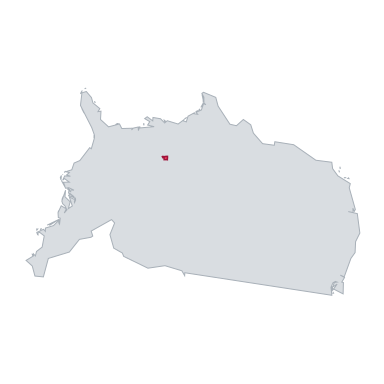 Jefferson, Arkansas, United States of America shown in context, rotated 179°
{"feature_id": "52423323B11311228308505", "entity_name": "Jefferson", "entity_type": "district", "adm_level": 2, "iso_a3": "USA", "parent_name": "United States of America", "parent_adm1": "Arkansas", "projection": "albers", "projection_center": [-91.753, 34.278], "detail": "fine", "context": "in_parent", "style": "filled", "palette": "rose", "viewbox_px": 384, "rotation_deg": 179, "n_neighbors": 0, "source": "geoboundaries", "source_scale": "gbopen_adm2", "svg_char_len": 4301}
<svg xmlns="http://www.w3.org/2000/svg" viewBox="0 0 384 384"><g transform="rotate(179 192 192)"><path d="M315.7,134.1L336.8,128.1L342.1,109.7L350.5,110.7L353.0,120.8L359.1,126.5L351.6,130.9L351.6,132.9L349.7,130.8L348.5,135.3L342.8,139.5L340.5,150.7L345.0,154.3L347.3,153.2L346.3,151.4L347.2,152.2L347.9,154.3L341.1,157.3L339.3,155.2L339.2,158.5L331.1,160.8L325.5,166.1L325.8,163.6L325.0,162.2L324.2,168.1L326.1,168.8L326.3,173.7L323.0,180.5L318.0,177.4L320.1,173.2L317.4,176.3L319.3,180.4L321.5,182.5L322.3,185.2L318.4,196.0L319.1,189.5L314.0,184.3L315.9,177.6L311.9,180.1L314.7,189.1L310.2,186.9L308.9,187.4L309.8,184.4L309.6,183.5L308.5,186.0L308.7,187.9L315.4,190.6L314.3,192.4L311.0,189.6L309.9,189.2L313.9,192.6L315.5,193.1L315.0,195.6L312.8,194.0L316.3,197.1L315.6,197.7L313.9,196.1L310.0,195.9L315.2,198.5L318.2,197.9L322.5,206.0L318.9,199.9L320.4,204.0L314.5,204.0L319.2,207.6L321.1,206.0L319.0,210.3L313.3,209.8L317.0,211.3L314.3,213.6L317.9,214.5L311.8,216.3L309.4,223.0L303.6,225.4L293.5,238.1L291.9,237.0L288.6,247.8L288.5,250.4L291.1,258.1L302.0,280.5L300.3,293.1L295.9,294.3L290.9,288.2L289.5,282.8L282.7,277.0L284.6,274.0L281.6,274.4L282.2,266.1L274.3,258.6L263.3,261.3L261.1,256.7L250.1,256.8L251.4,255.0L249.6,256.9L244.7,257.9L244.5,254.3L243.7,256.9L228.7,258.0L235.2,259.7L233.0,263.1L238.0,266.2L235.5,268.0L230.0,263.8L229.7,267.2L222.2,265.8L218.1,261.5L215.5,263.7L204.7,260.2L198.3,264.8L199.9,263.5L196.5,262.2L194.6,267.9L187.8,271.4L189.4,270.4L185.0,269.6L186.5,271.6L181.2,273.8L178.9,280.1L176.6,279.0L178.5,280.8L178.5,286.7L180.4,290.4L178.8,291.5L166.6,286.2L164.4,277.4L152.9,259.1L146.4,257.5L139.4,263.6L132.1,258.2L129.6,249.8L120.6,239.1L108.9,237.3L108.3,240.8L89.5,237.5L67.6,221.6L51.7,219.3L51.0,212.9L45.9,205.6L33.6,197.6L34.7,193.4L29.0,171.7L30.0,169.9L31.5,173.0L31.2,168.6L36.1,169.7L27.1,167.5L24.9,148.0L29.3,139.5L30.0,128.6L34.3,122.8L41.3,104.5L45.2,106.3L41.0,103.9L43.8,99.3L42.2,98.8L42.7,87.5L52.1,92.5L48.5,97.4L52.9,94.5L51.3,99.0L48.5,99.4L50.2,100.1L52.6,98.8L54.7,94.3L54.0,86.3L200.6,111.4L200.8,108.5L203.5,113.4L220.3,118.8L237.4,116.6L261.4,128.8L262.7,132.2L271.2,137.2L274.8,150.8L269.9,162.4L272.9,165.8L293.5,154.7L292.0,149.7L293.8,148.5L305.4,146.6L315.7,134.1ZM334.0,162.7L337.4,161.4L325.4,167.0L335.1,161.1L334.0,162.7ZM53.5,91.0L53.9,94.3L53.7,94.7L52.5,92.0L53.5,91.0ZM180.3,289.4L178.9,284.1L179.2,281.2L179.3,284.3L180.3,289.4ZM352.5,131.1L352.8,132.6L352.2,132.4L352.5,131.1ZM218.2,263.0L218.5,264.3L217.3,263.3L218.2,263.0ZM37.5,203.7L39.2,203.5L39.3,203.7L37.5,203.7ZM36.0,202.8L35.2,203.4L34.8,202.6L36.0,202.8ZM344.4,156.8L343.6,158.0L343.3,157.8L344.4,156.8ZM180.3,278.5L179.2,280.8L181.7,276.4L180.3,278.5ZM298.7,273.1L300.8,277.5L298.4,272.7L298.7,273.1ZM44.4,209.6L44.8,211.1L44.3,209.7L44.4,209.6ZM301.1,293.7L299.9,295.4L301.8,292.0L301.1,293.7ZM323.4,208.8L322.3,210.8L322.8,206.4L323.4,208.8ZM52.8,88.2L52.6,89.0L52.2,88.4L52.8,88.2ZM186.5,272.5L184.0,273.5L186.6,272.2L186.5,272.5ZM347.8,156.6L348.0,157.7L346.9,157.7L347.8,156.6ZM43.5,213.0L43.7,214.7L43.3,213.1L43.5,213.0ZM183.4,274.4L182.4,274.9L183.3,274.0L183.4,274.4ZM322.0,187.2L320.9,189.9L322.1,186.3L322.0,187.2ZM197.5,265.8L195.9,266.6L198.2,265.1L197.5,265.8ZM289.0,249.0L288.9,250.9L288.6,249.6L289.0,249.0ZM318.5,214.8L318.1,215.2L319.3,213.6L318.5,214.8ZM267.3,260.7L265.5,261.8L264.7,261.6L267.3,260.7ZM243.9,257.6L243.6,258.0L242.5,257.9L243.9,257.6ZM287.5,283.2L287.9,284.5L287.1,282.9L287.5,283.2ZM239.2,260.4L239.0,261.7L238.8,259.5L239.2,260.4ZM297.1,297.4L296.0,297.7L297.5,297.1L297.1,297.4ZM326.1,174.5L325.6,175.8L326.2,174.0L326.1,174.5ZM321.2,211.4L320.7,211.9L321.2,211.4Z" fill="#d9dde1" stroke="#a8b0b8" stroke-width="1"/><path d="M215.9,228.1L217.0,228.1L217.5,228.1L217.7,227.9L217.8,227.9L218.4,227.9L219.1,227.9L219.1,228.1L219.2,227.3L219.3,227.3L219.8,227.6L220.1,227.6L220.0,227.8L220.3,227.8L220.5,227.9L220.5,228.0L220.9,228.0L221.0,228.0L221.1,227.9L221.0,227.7L220.8,227.6L220.7,227.6L220.6,227.4L220.5,227.2L220.5,226.9L220.4,226.9L220.2,226.9L220.1,227.0L220.1,226.8L219.3,226.8L219.3,226.2L219.3,224.8L217.6,224.8L217.3,224.8L217.2,224.8L216.5,224.8L216.1,224.7L216.1,225.4L216.1,225.6L216.0,226.1L216.0,226.4L216.0,226.8L215.9,226.8L215.9,228.1Z" fill="#f43f5e" stroke="#9f1239" stroke-width="1.5"/></g></svg>